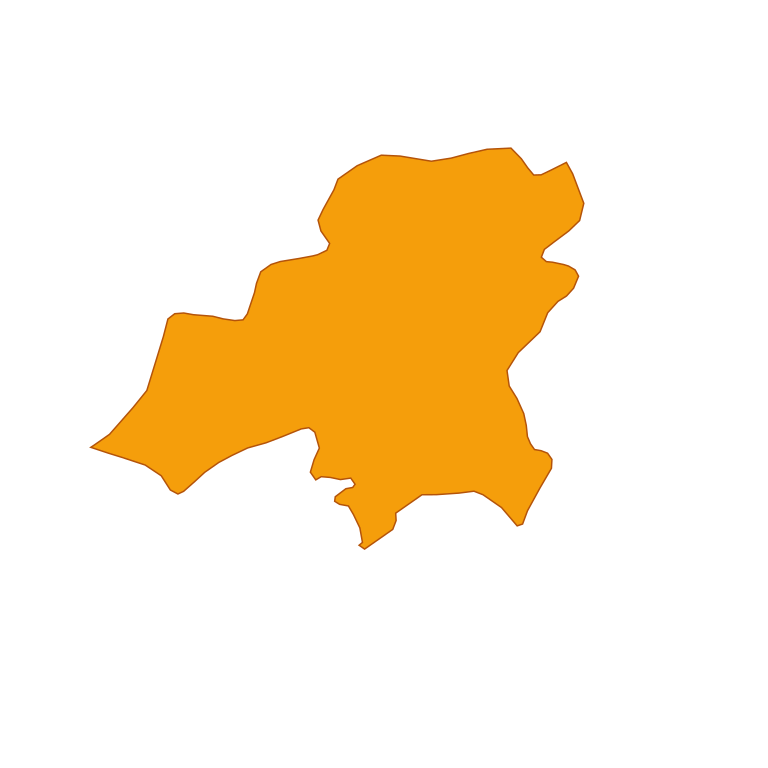 SVG path tracing the border of Veles, rotated 235°
{"feature_id": "MKD-2915", "entity_name": "Veles", "entity_type": "Statistical Region", "adm_level": 1, "iso_a3": "MKD", "parent_name": "North Macedonia", "parent_adm1": "", "projection": "orthographic", "projection_center": [21.727, 41.757], "detail": "fine", "context": "isolated", "style": "filled", "palette": "amber", "viewbox_px": 768, "rotation_deg": 235, "n_neighbors": 0, "source": "natural_earth", "source_scale": "10m", "svg_char_len": 1779}
<svg xmlns="http://www.w3.org/2000/svg" viewBox="0 0 768 768"><g transform="rotate(235 384 384)"><path d="M225.9,478.3L218.9,472.8L209.5,452.4L197.9,428.9L189.8,417.2L191.0,413.1L191.4,411.7L215.4,409.4L236.5,401.6L244.6,396.2L251.6,382.9L263.4,363.3L271.5,351.6L271.5,329.7L271.5,319.5L265.2,315.6L259.9,307.8L259.9,299.1L259.9,285.1L259.9,273.4L266.2,271.1L266.6,275.5L280.0,281.7L294.6,284.1L304.5,284.9L310.9,278.6L316.2,276.3L319.6,279.4L320.1,292.7L317.2,299.0L318.5,302.8L326.0,302.8L330.7,293.5L338.3,286.4L344.1,279.4L344.6,273.1L354.0,273.1L362.1,283.3L368.6,294.3L384.2,299.7L391.3,297.4L394.7,290.4L398.8,272.4L403.5,253.6L409.8,235.7L412.7,218.5L414.5,203.7L414.5,186.5L412.7,173.2L411.0,158.3L412.1,152.1L419.7,148.2L436.6,148.9L454.6,141.9L474.4,127.1L485.5,118.5L500.3,107.5L500.2,111.1L500.2,130.3L508.6,164.8L514.7,186.0L532.0,208.2L549.4,230.5L561.2,244.3L561.6,252.9L557.0,260.7L550.0,267.7L537.7,282.6L529.6,289.6L521.5,298.2L517.4,305.3L519.8,312.3L524.4,318.5L533.1,330.3L539.6,337.3L546.6,347.4L546.7,360.0L543.8,369.3L535.5,386.5L529.8,399.0L528.0,403.7L526.3,413.9L530.3,420.1L537.4,420.1L545.5,420.1L556.1,424.0L561.9,434.2L571.8,454.4L578.2,463.8L578.2,472.4L578.2,487.3L573.0,513.0L561.5,527.9L539.3,550.6L530.5,568.6L524.2,585.8L517.2,603.0L504.4,623.3L489.7,625.7L478.7,625.7L469.3,626.5L465.2,632.7L463.4,643.6L460.9,660.5L447.9,659.1L417.4,651.3L405.7,638.0L403.4,623.2L402.8,604.4L402.3,592.6L397.6,585.6L391.1,587.2L387.1,591.9L378.8,599.7L374.8,602.8L367.8,606.0L360.7,605.2L353.7,594.2L351.4,584.0L351.9,573.9L348.5,559.0L337.3,541.8L332.7,512.0L324.5,492.5L310.5,485.4L295.9,484.6L279.6,481.5L268.5,476.8L258.6,471.3L251.0,469.7L244.0,469.7L239.3,474.4L233.5,478.3L225.9,478.3Z" fill="#f59e0b" stroke="#b45309" stroke-width="1.5"/></g></svg>